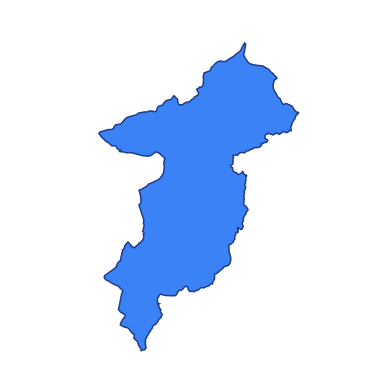 Sarolangun, Jambi, Indonesia (Albers equal-area conic projection), rotated 325°
{"feature_id": "22746128B44731308508060", "entity_name": "Sarolangun", "entity_type": "district", "adm_level": 2, "iso_a3": "IDN", "parent_name": "Indonesia", "parent_adm1": "Jambi", "projection": "albers", "projection_center": [102.678, -2.332], "detail": "fine", "context": "isolated", "style": "filled", "palette": "blue", "viewbox_px": 384, "rotation_deg": 325, "n_neighbors": 0, "source": "geoboundaries", "source_scale": "gbopen_adm2", "svg_char_len": 6053}
<svg xmlns="http://www.w3.org/2000/svg" viewBox="0 0 384 384"><g transform="rotate(325 192 192)"><path d="M161.0,94.1L159.2,92.8L158.1,92.4L150.6,90.0L149.3,90.7L149.4,94.8L149.9,97.3L150.8,101.8L151.8,103.5L152.9,108.5L154.8,109.4L156.0,110.7L155.6,114.0L156.8,116.0L157.6,116.6L155.9,117.2L157.4,118.8L158.7,119.6L160.9,122.4L163.1,123.7L165.4,125.6L172.1,133.6L176.9,137.8L179.5,138.5L185.5,138.4L187.4,141.2L187.3,141.5L187.7,141.7L187.6,142.3L189.2,149.0L188.0,149.7L185.5,152.0L183.8,155.6L179.5,160.1L176.1,161.7L172.1,162.7L162.7,161.1L161.2,160.7L159.0,161.2L156.3,161.1L152.7,160.9L149.7,160.2L147.2,166.7L144.1,171.5L142.9,171.9L141.1,172.1L136.4,187.6L134.8,189.0L134.4,189.6L133.8,191.7L129.4,195.9L128.9,196.0L129.4,197.5L128.6,198.5L127.5,198.9L127.7,199.9L126.6,201.2L124.4,203.0L120.4,203.8L119.3,203.5L119.0,203.9L118.2,204.1L115.0,204.3L113.0,204.8L112.5,204.6L112.4,203.6L112.1,203.4L111.1,201.2L111.5,200.1L111.0,198.7L111.2,197.6L111.1,196.6L110.8,196.3L110.4,196.3L108.6,196.7L105.8,197.7L104.8,198.7L104.1,199.0L103.9,199.7L103.5,199.8L102.3,199.5L94.5,206.5L94.6,206.8L94.2,206.9L94.1,207.2L93.4,207.3L92.0,207.1L90.0,207.8L87.1,209.7L85.0,210.2L72.6,210.4L71.1,211.5L70.9,214.2L72.8,217.5L73.9,220.3L75.6,223.7L77.0,225.5L78.0,228.3L78.0,230.1L78.5,231.5L78.8,233.1L75.2,235.8L64.3,246.2L64.7,250.0L65.9,251.9L66.0,252.6L66.6,253.5L66.8,254.1L66.6,254.8L65.2,255.7L62.4,256.5L58.6,258.4L57.2,259.5L57.1,260.0L58.6,262.9L59.6,264.4L60.6,265.4L61.8,267.2L61.9,272.0L62.2,274.1L62.9,275.3L62.8,275.9L60.5,278.5L61.6,283.7L60.7,285.7L60.2,288.2L60.4,289.3L60.1,290.2L60.1,291.3L59.4,292.8L60.6,293.0L62.6,294.0L63.8,293.9L65.3,292.9L65.7,291.1L66.5,290.5L66.5,290.1L67.1,288.8L68.1,288.2L68.3,287.2L69.5,286.0L71.1,285.5L71.7,284.5L73.6,284.1L76.1,282.6L77.3,282.4L79.2,281.4L81.0,280.9L83.1,279.3L84.1,279.1L85.8,279.6L86.7,279.4L90.2,278.3L91.8,277.3L94.1,277.2L96.0,276.0L97.0,275.6L97.4,274.9L97.5,271.6L98.9,270.6L99.1,270.1L98.7,269.3L98.7,268.7L99.5,265.9L100.1,265.6L100.1,265.4L99.6,264.3L99.9,263.6L100.8,264.1L100.5,263.6L100.8,261.6L102.8,259.3L106.8,257.6L107.8,257.7L109.6,260.1L111.4,261.9L118.0,266.9L118.7,267.1L119.2,267.3L120.9,267.0L121.9,266.5L122.3,266.0L123.2,265.8L123.6,265.4L124.6,265.1L126.3,266.1L128.4,266.3L132.5,265.3L133.7,266.8L133.7,268.1L133.2,269.2L132.9,270.4L133.1,272.0L133.6,272.6L135.1,273.4L137.0,275.1L138.3,274.8L140.4,275.8L144.5,275.5L146.5,277.1L147.0,277.4L149.8,277.7L151.4,278.4L152.1,278.6L154.1,277.9L155.9,279.0L156.4,278.8L157.0,278.4L157.7,277.3L160.2,276.5L162.2,274.0L163.2,272.1L164.7,272.8L167.6,272.8L170.0,272.4L173.9,272.2L175.6,271.6L178.5,272.6L179.8,272.9L180.6,272.8L182.5,271.9L185.0,269.7L185.9,268.4L187.0,265.8L187.7,263.2L188.7,261.4L191.5,256.9L192.3,256.5L193.4,257.0L197.4,256.6L198.1,255.8L200.1,255.2L201.7,252.6L202.9,252.3L203.6,251.8L204.6,250.6L205.6,250.5L206.2,251.5L206.8,251.2L207.6,250.4L207.7,249.5L208.2,249.1L208.2,248.1L209.0,247.4L210.5,250.7L211.9,251.1L213.6,249.7L214.3,249.5L214.7,247.4L215.8,245.6L217.0,245.4L218.2,244.4L218.9,243.0L219.3,242.7L222.4,241.1L224.1,240.6L224.8,239.6L227.7,238.8L228.1,235.7L227.1,232.1L230.9,227.2L231.0,227.3L232.2,225.0L234.4,223.0L234.6,221.5L236.7,220.7L237.1,220.1L238.2,219.4L239.0,218.2L238.9,216.9L239.1,216.5L240.7,215.5L241.4,214.5L243.0,213.2L243.9,211.7L244.5,211.0L246.1,210.0L246.2,209.3L245.5,208.7L244.8,206.6L245.4,204.7L245.3,204.3L243.5,204.8L240.9,204.7L240.2,204.5L239.7,204.1L239.6,201.8L238.4,200.9L237.8,198.2L238.2,196.9L239.1,195.5L239.1,195.2L238.0,193.8L238.1,193.3L238.9,192.6L240.7,192.7L241.7,192.0L242.2,191.9L242.7,190.8L243.6,190.2L244.1,188.6L245.9,187.6L246.5,185.5L248.5,186.3L250.0,187.8L251.3,188.0L253.0,187.2L253.9,187.2L254.8,188.1L255.8,188.3L257.2,189.9L258.0,190.1L260.0,189.6L262.1,190.7L263.9,190.6L265.8,191.4L267.7,191.3L270.1,192.4L271.6,193.5L273.5,193.9L275.2,193.9L276.2,192.7L276.2,192.8L279.4,192.9L281.1,193.9L283.1,193.6L283.6,193.1L283.7,192.4L282.6,190.0L282.7,189.4L285.0,187.3L285.5,187.2L286.8,187.7L287.9,187.3L288.7,188.7L290.1,190.0L291.0,191.6L291.6,191.9L292.6,191.7L293.5,192.1L294.9,191.8L295.5,192.2L295.8,193.7L296.7,194.8L299.3,195.0L301.1,194.7L302.0,195.2L302.7,196.8L303.9,197.8L304.7,198.0L307.1,197.5L308.3,198.7L308.7,198.5L309.5,196.5L310.2,195.5L311.4,194.8L312.1,194.1L313.9,192.9L314.6,192.2L318.2,191.1L319.5,189.9L321.1,189.0L321.9,189.1L322.8,188.4L324.0,188.7L324.6,188.5L324.4,187.9L324.5,187.2L323.6,186.8L323.5,186.5L323.1,185.4L323.2,184.5L322.8,183.7L322.8,182.6L323.2,181.5L323.1,179.0L321.8,176.5L321.1,175.7L320.5,174.3L319.7,173.5L317.0,172.7L316.9,170.3L317.2,168.0L317.7,166.3L316.9,164.0L316.8,163.1L317.4,159.4L317.4,156.3L318.2,153.3L319.0,151.9L320.4,150.2L323.3,147.8L323.8,147.6L326.8,147.6L326.9,145.2L326.5,144.4L326.2,143.0L326.4,141.6L325.4,138.6L325.2,137.4L325.4,136.5L324.9,134.8L322.0,128.9L321.5,128.7L315.7,123.5L313.2,120.4L312.5,118.6L312.3,116.7L312.6,110.3L313.3,109.1L320.2,102.4L320.7,101.5L320.8,100.6L320.6,100.1L316.8,101.8L313.4,103.8L311.6,104.3L306.1,104.4L303.9,104.8L298.7,104.3L296.2,104.4L294.6,104.2L293.6,103.9L292.4,103.1L290.9,101.4L290.1,100.8L288.4,100.2L287.1,100.0L284.9,100.1L282.3,100.7L281.2,101.2L279.7,100.9L278.8,101.3L278.5,102.1L275.6,102.9L270.4,101.4L267.0,104.2L266.1,106.3L262.7,110.5L261.2,111.3L259.0,111.2L258.5,110.4L256.4,110.8L255.2,110.4L254.6,111.1L254.1,114.9L253.0,115.8L252.2,115.9L248.5,115.7L246.6,116.3L245.1,116.1L243.5,116.3L242.2,116.8L241.5,116.6L238.6,115.1L233.8,114.9L231.3,112.9L232.2,109.4L233.1,108.5L233.4,107.4L232.8,105.4L232.7,103.4L232.5,102.9L232.0,102.7L229.0,104.0L227.8,104.1L223.3,102.3L222.6,102.3L221.6,102.8L219.5,103.0L218.0,103.8L217.1,103.9L215.7,103.1L213.8,102.7L212.9,102.7L211.7,103.3L210.2,104.6L208.9,105.2L208.1,105.2L206.8,104.4L206.5,103.4L204.9,102.4L204.6,101.8L202.3,100.8L200.6,100.5L199.3,99.3L194.2,97.0L192.8,96.7L191.4,97.1L183.8,94.3L181.9,93.8L179.8,93.7L173.4,95.3L172.0,95.1L168.1,93.3L166.3,93.5L164.1,94.8L162.8,94.9L161.0,94.1Z" fill="#3b82f6" stroke="#1e3a8a" stroke-width="1.5"/></g></svg>